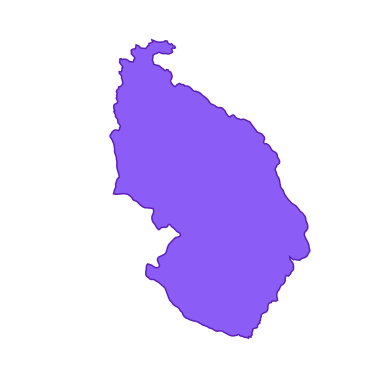 Itacambira, Minas Gerais, Brazil (Equal Earth projection), rotated 317°
{"feature_id": "56859067B7799529172326", "entity_name": "Itacambira", "entity_type": "district", "adm_level": 2, "iso_a3": "BRA", "parent_name": "Brazil", "parent_adm1": "Minas Gerais", "projection": "equal_earth", "projection_center": [-43.326, -16.911], "detail": "fine", "context": "isolated", "style": "filled", "palette": "violet", "viewbox_px": 384, "rotation_deg": 317, "n_neighbors": 0, "source": "geoboundaries", "source_scale": "gbopen_adm2", "svg_char_len": 6031}
<svg xmlns="http://www.w3.org/2000/svg" viewBox="0 0 384 384"><g transform="rotate(317 192 192)"><path d="M248.1,298.3L250.0,298.1L251.5,297.7L252.9,296.5L254.0,295.0L254.8,293.5L255.5,291.4L256.1,290.1L257.2,288.9L258.1,286.7L258.3,284.6L258.4,282.4L257.9,279.9L258.3,277.9L258.3,276.2L258.5,274.4L258.5,272.7L258.0,271.1L257.5,269.0L257.2,267.4L257.3,265.8L257.3,263.4L257.6,260.3L258.0,257.7L258.6,255.4L259.8,253.1L259.9,250.4L260.5,248.1L261.5,246.9L262.2,245.6L263.3,244.1L264.4,242.3L265.1,240.6L265.2,238.8L265.8,237.3L266.7,235.8L268.0,232.5L269.5,231.3L271.0,231.0L272.6,230.3L274.2,230.5L275.6,230.5L277.0,229.4L277.9,227.0L278.4,224.6L279.9,222.5L280.1,220.0L279.4,218.0L279.0,216.3L279.4,214.0L280.0,211.5L279.9,209.2L279.3,207.4L278.1,206.5L278.0,204.7L279.5,203.5L281.0,202.9L282.4,201.1L282.5,199.2L282.7,197.5L281.9,195.5L281.2,194.0L280.6,192.4L280.9,190.2L281.1,187.6L281.4,185.1L281.7,182.5L282.1,179.9L281.2,178.2L280.1,175.3L279.1,173.6L277.2,172.6L276.2,170.6L275.1,169.0L274.8,166.8L275.1,164.7L274.4,163.5L273.0,163.0L270.9,163.2L270.3,161.0L270.4,159.3L270.7,157.4L271.5,155.1L271.3,151.0L270.0,149.3L268.8,148.2L268.0,146.9L267.6,144.5L266.9,142.3L265.9,140.6L266.0,138.0L266.4,136.5L266.5,134.7L266.3,132.3L266.0,130.4L265.6,128.5L265.5,126.5L265.3,124.4L263.5,120.9L262.4,119.9L261.8,118.2L262.1,116.3L261.9,114.5L261.5,112.3L260.0,110.5L259.0,109.5L259.1,107.7L257.8,106.5L256.8,103.9L253.6,103.3L251.9,103.6L251.1,102.4L250.9,100.6L251.3,97.5L252.4,95.7L254.3,95.2L255.7,94.4L256.8,93.3L257.6,91.3L258.2,89.9L257.4,88.3L257.8,86.1L256.7,85.1L255.5,85.4L254.8,84.0L254.8,82.2L254.3,80.4L254.3,78.8L253.9,76.8L252.4,74.9L251.2,72.5L252.2,70.6L252.6,69.1L253.6,68.0L254.9,67.1L256.5,65.6L257.7,65.5L259.3,65.8L260.8,66.7L262.2,66.9L263.5,67.5L264.3,69.9L265.6,71.5L266.8,72.4L269.1,75.2L271.0,76.0L272.8,76.4L273.8,75.8L274.3,73.7L275.9,73.5L276.9,74.8L278.2,75.2L278.8,73.7L278.0,72.0L278.2,69.6L276.4,69.0L276.0,66.5L276.8,64.8L275.6,63.1L273.4,62.8L272.1,61.6L269.7,59.6L268.4,57.7L267.4,55.4L266.4,53.3L265.4,55.6L263.3,54.8L261.8,53.9L260.8,55.4L259.4,54.9L256.0,55.6L255.1,54.4L254.0,53.3L252.7,51.7L252.7,49.1L252.2,47.6L251.4,46.3L249.5,47.9L248.0,48.5L246.3,47.2L244.2,46.8L243.2,48.3L241.7,49.7L241.9,51.3L241.9,53.7L241.3,55.5L239.8,55.5L238.7,56.3L237.5,56.9L236.4,55.3L235.3,54.2L235.0,51.9L234.1,49.7L232.7,48.3L231.3,47.5L231.0,45.9L229.7,45.6L228.6,47.0L227.4,47.8L227.1,49.7L226.9,52.0L226.6,53.6L225.3,53.5L224.1,55.0L222.2,56.0L220.9,54.3L219.9,55.5L219.7,57.6L219.6,59.3L218.2,60.5L217.5,62.3L216.6,63.8L215.6,65.1L214.3,65.9L212.8,66.1L211.5,66.0L210.1,65.1L208.6,66.3L206.7,66.2L205.2,66.9L204.2,69.1L202.8,69.9L202.0,71.2L200.7,71.6L199.9,73.7L199.3,75.2L197.6,75.9L196.1,75.3L194.8,75.1L193.2,75.9L192.2,77.0L191.5,78.4L191.1,80.0L189.9,79.6L189.3,81.2L188.8,83.4L187.4,84.6L187.2,88.0L185.0,91.0L185.0,93.5L184.3,95.4L182.8,95.6L181.6,96.8L180.3,97.0L179.4,95.7L178.4,94.4L177.0,93.7L174.0,93.7L172.6,94.4L171.1,94.5L169.7,95.9L169.4,98.2L169.0,99.9L167.8,103.0L166.9,104.8L165.8,106.1L165.1,107.4L162.8,109.8L162.0,111.2L161.3,113.0L160.4,114.9L159.2,116.3L158.1,118.2L156.8,119.6L155.6,120.8L153.9,122.8L152.7,124.7L151.7,126.9L150.8,128.5L150.1,130.0L149.3,131.3L145.7,131.7L142.9,133.4L141.4,134.1L140.5,135.5L139.4,136.5L137.9,137.1L136.3,137.9L135.0,138.7L133.3,139.8L134.5,141.5L135.6,142.5L136.9,143.4L138.1,144.5L139.3,145.4L140.7,146.4L142.0,147.8L143.4,150.0L144.1,152.6L144.2,155.2L143.7,156.9L143.8,158.5L144.6,159.8L145.2,161.4L145.4,166.8L146.0,169.5L146.7,171.2L148.7,173.3L151.1,176.0L152.1,177.6L151.5,179.2L150.5,180.2L149.3,181.1L147.7,181.8L146.2,182.5L144.8,183.8L143.8,185.2L143.0,187.3L142.8,190.0L142.5,191.8L141.8,194.3L141.9,196.9L143.6,197.2L145.1,197.1L146.4,197.7L147.4,198.7L148.8,200.1L150.6,200.5L151.9,199.8L153.4,200.2L153.7,201.8L153.5,204.0L154.1,206.3L154.0,210.5L154.5,212.1L155.1,214.2L153.9,215.9L152.0,215.8L150.7,215.2L149.2,214.2L147.6,214.0L142.7,214.3L141.4,214.5L139.8,214.5L138.2,215.0L136.5,215.7L135.4,216.4L134.3,217.2L132.8,218.0L131.2,218.6L129.7,218.9L125.6,217.7L123.9,217.0L122.1,217.0L120.8,217.7L119.8,219.1L119.1,221.1L118.4,223.3L116.9,224.3L115.3,223.9L113.8,222.5L113.0,220.2L112.7,218.3L111.7,216.4L110.6,214.4L108.9,214.7L107.5,215.7L106.2,217.0L103.1,219.5L101.8,221.0L101.3,222.8L101.8,224.9L101.8,226.6L102.5,228.2L103.8,229.3L104.6,230.5L105.1,232.7L106.0,235.1L106.3,237.9L106.4,240.1L106.7,242.1L106.6,244.4L105.8,246.4L104.8,248.6L104.2,250.3L102.8,253.5L101.9,256.2L102.0,259.0L101.6,261.0L101.8,262.7L102.2,264.8L102.9,266.1L103.1,268.4L102.5,270.9L102.7,273.3L101.9,275.5L101.4,277.4L101.6,279.8L102.5,281.7L103.1,283.3L103.7,284.7L104.7,286.5L105.9,288.2L106.8,289.6L107.6,290.8L108.0,292.7L108.7,294.6L109.1,296.5L110.9,299.7L111.5,301.2L111.9,303.2L112.9,304.6L113.5,306.0L114.1,307.9L114.6,309.7L115.5,311.0L116.7,311.7L119.2,314.1L119.7,316.2L120.3,317.8L121.0,319.9L121.7,322.1L122.8,324.1L124.1,325.4L125.4,326.3L126.6,327.1L129.2,328.2L129.1,330.1L130.6,332.1L131.3,334.1L132.9,335.7L133.6,337.5L134.9,336.4L136.2,338.4L137.3,337.2L138.6,337.5L139.6,335.8L141.4,335.2L142.9,333.7L144.9,334.3L146.5,335.4L147.8,335.4L149.2,334.1L150.9,333.9L152.4,334.1L152.9,332.6L154.4,332.6L156.0,331.2L157.5,330.3L159.3,328.9L161.3,329.2L163.3,329.8L164.9,330.4L167.5,329.5L169.8,327.1L171.5,326.0L173.2,326.0L174.6,326.9L175.7,326.4L176.9,327.0L178.2,328.1L179.2,329.1L180.7,329.5L181.9,328.0L182.6,326.4L183.8,325.0L186.4,323.1L188.2,322.9L189.8,322.6L191.2,321.8L193.4,321.0L195.1,321.5L197.0,321.5L199.0,320.9L200.4,319.7L201.7,318.3L203.9,317.2L205.2,319.2L207.0,319.2L208.7,318.9L210.3,318.1L212.4,318.1L213.7,317.6L216.0,315.1L216.9,313.6L217.4,312.1L217.4,310.1L217.9,307.7L219.3,305.9L219.5,308.4L220.0,310.8L221.4,311.5L222.5,313.4L224.0,315.0L225.2,315.5L226.5,315.4L228.0,316.0L229.6,316.8L231.4,317.2L233.0,317.2L234.5,316.4L236.4,316.0L238.1,315.4L240.3,311.7L241.4,310.2L242.3,307.9L244.0,301.8L244.9,300.0L246.2,298.6L248.1,298.3Z" fill="#8b5cf6" stroke="#5b21b6" stroke-width="1.5"/></g></svg>